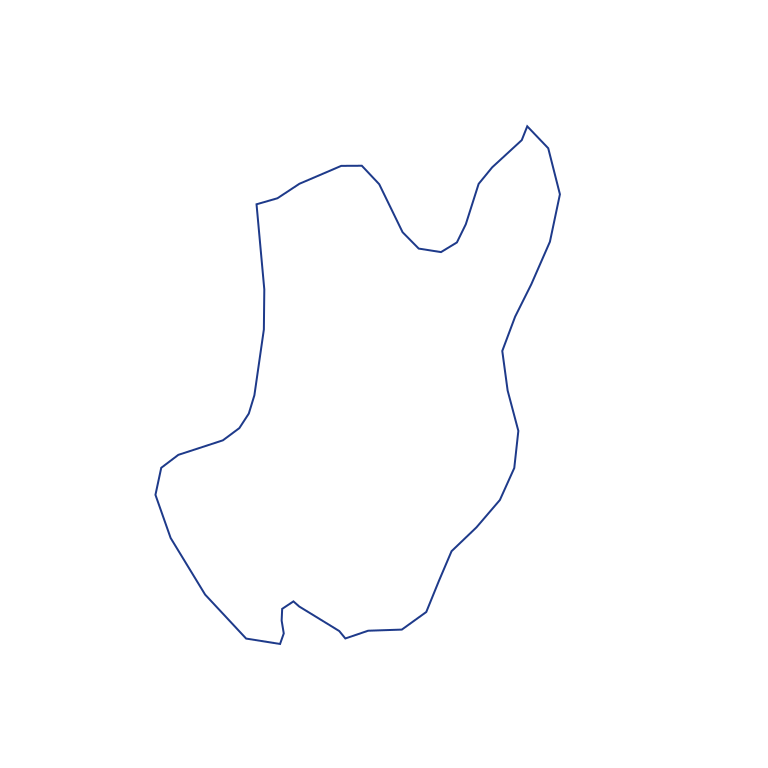 the border of Balakən, rotated 329°
{"feature_id": "AZE-1723", "entity_name": "Balakən", "entity_type": "District", "adm_level": 1, "iso_a3": "AZE", "parent_name": "Azerbaijan", "parent_adm1": "", "projection": "mercator", "projection_center": [46.43, 41.723], "detail": "fine", "context": "isolated", "style": "outline", "palette": "blue", "viewbox_px": 768, "rotation_deg": 329, "n_neighbors": 0, "source": "natural_earth", "source_scale": "10m", "svg_char_len": 790}
<svg xmlns="http://www.w3.org/2000/svg" viewBox="0 0 768 768"><g transform="rotate(329 384 384)"><path d="M367.3,164.3L388.3,169.9L414.6,168.8L459.7,175.0L477.4,185.5L482.8,210.3L478.1,263.5L483.5,285.8L500.8,300.3L519.4,300.2L536.4,289.2L568.2,261.2L588.3,254.0L627.7,245.9L639.5,236.9L646.2,266.5L632.5,312.0L599.5,347.5L561.6,374.4L531.1,393.8L502.4,416.6L486.6,453.3L475.0,493.4L452.4,523.1L423.6,543.1L389.4,554.5L355.8,562.1L329.6,581.1L302.8,601.2L272.8,603.7L243.3,587.3L219.8,582.2L218.4,572.7L196.7,531.0L194.4,523.7L180.9,524.3L174.4,534.1L169.6,546.2L161.0,553.3L134.7,531.2L122.2,472.4L121.8,406.1L131.0,361.3L149.9,341.1L171.2,338.8L216.9,349.3L237.3,347.3L252.9,339.7L267.1,326.9L309.1,275.4L330.1,241.3L367.3,164.3Z" fill="none" stroke="#1e3a8a" stroke-width="2"/></g></svg>